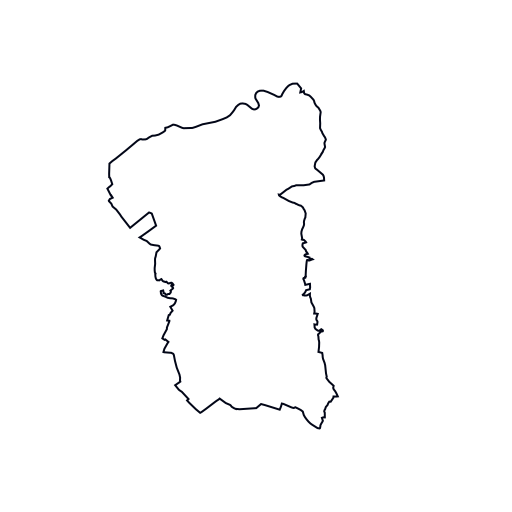 Glodeni, Mures, Romania (orthographic projection), rotated 226°
{"feature_id": "2599482B49122521196915", "entity_name": "Glodeni", "entity_type": "district", "adm_level": 2, "iso_a3": "ROU", "parent_name": "Romania", "parent_adm1": "Mures", "projection": "orthographic", "projection_center": [24.562, 46.667], "detail": "fine", "context": "isolated", "style": "outline", "palette": "ink", "viewbox_px": 512, "rotation_deg": 226, "n_neighbors": 0, "source": "geoboundaries", "source_scale": "gbopen_adm2", "svg_char_len": 6142}
<svg xmlns="http://www.w3.org/2000/svg" viewBox="0 0 512 512"><g transform="rotate(226 256 256)"><path d="M351.4,405.4L354.4,402.2L354.8,401.3L355.7,398.8L355.9,397.1L355.8,394.5L355.2,390.8L354.2,387.3L353.5,385.7L353.5,384.6L354.0,383.7L354.8,382.8L356.0,382.0L359.2,381.0L365.9,378.3L369.8,376.2L372.2,373.6L373.1,371.4L373.1,369.3L372.3,367.3L370.7,365.7L369.6,365.0L364.5,363.9L362.2,362.7L361.3,360.9L361.5,358.6L362.2,357.0L363.2,356.1L364.7,355.4L370.8,354.7L372.7,354.1L375.1,352.3L376.5,350.5L377.0,348.3L377.1,345.3L376.1,341.5L375.7,339.0L375.3,335.1L376.0,331.2L377.6,327.1L380.8,320.0L387.9,309.0L390.7,302.4L392.3,299.2L398.2,292.7L399.5,291.9L404.9,289.7L406.7,288.7L408.1,287.6L408.9,284.9L409.9,281.9L411.2,279.8L409.4,277.9L409.3,277.1L409.7,274.7L410.9,270.3L412.8,267.0L414.6,264.9L415.6,261.4L416.0,258.8L416.7,257.4L419.0,255.0L419.8,254.6L420.4,253.9L420.7,253.4L421.3,250.6L422.3,236.0L423.5,222.7L424.1,218.6L424.3,214.8L417.2,207.5L414.6,205.1L414.2,205.3L413.0,205.0L411.0,204.2L407.5,202.5L407.4,199.4L407.6,198.9L407.7,195.9L400.5,193.7L400.4,194.0L397.5,193.4L398.5,190.5L398.0,188.5L397.5,188.3L394.2,188.3L391.2,187.2L386.5,187.7L380.3,187.0L377.9,186.5L363.7,185.0L361.6,209.3L359.8,210.2L358.9,210.5L347.2,205.2L348.4,196.5L349.8,187.2L350.2,185.2L345.7,186.5L342.7,187.8L338.7,188.0L337.3,188.3L334.6,190.2L331.5,192.7L330.5,193.2L329.9,193.1L328.1,192.3L328.0,191.8L327.9,190.3L327.8,187.0L325.4,183.6L324.4,181.8L323.4,180.7L320.4,178.0L317.7,174.7L315.9,173.0L314.2,171.7L313.2,171.6L313.0,171.4L312.9,170.9L312.2,170.3L311.0,169.3L309.3,168.3L307.8,168.0L307.3,168.0L306.8,168.4L306.3,169.0L305.7,169.4L305.4,171.1L305.1,171.9L303.3,171.6L302.5,171.6L301.5,172.0L301.0,172.5L300.3,172.6L299.9,173.2L299.7,173.7L297.5,173.7L297.0,174.0L296.6,174.6L296.1,175.8L295.4,176.7L294.4,176.9L292.5,176.6L292.4,176.1L292.7,175.6L293.8,175.1L293.7,174.6L293.2,174.2L291.1,174.3L290.5,174.1L290.3,173.0L290.5,171.8L290.5,170.4L289.9,170.4L289.0,169.3L288.8,167.3L289.5,166.6L289.9,165.9L290.0,165.0L290.6,164.4L292.5,164.4L293.5,163.7L294.4,164.5L295.7,165.3L296.9,163.1L296.8,162.9L296.1,162.5L295.5,161.9L294.3,161.3L293.1,161.1L292.4,161.2L289.6,162.6L287.4,163.4L285.1,165.0L283.9,166.2L283.1,166.8L281.0,167.9L280.0,168.1L279.2,166.9L278.4,165.1L278.1,163.7L278.1,162.1L279.0,159.1L274.6,158.0L274.4,155.1L273.6,153.2L274.1,152.2L271.3,147.3L269.6,148.7L269.2,148.3L266.4,142.2L265.3,141.1L263.2,134.4L261.8,131.4L259.2,132.0L259.0,132.8L255.0,133.3L254.7,131.7L252.9,125.7L251.2,122.7L250.5,123.1L245.2,127.8L243.2,128.5L242.6,128.4L241.8,128.1L236.9,124.9L230.7,121.4L223.9,118.6L221.2,116.9L219.3,114.9L218.2,114.3L219.2,108.1L213.5,107.6L212.1,107.8L209.8,108.3L200.0,108.1L200.0,106.1L196.9,106.0L187.6,106.3L182.0,106.9L181.6,108.3L180.8,113.9L179.4,125.8L179.1,127.7L178.7,129.6L178.7,130.8L171.2,132.1L166.9,133.9L165.9,134.0L164.6,133.8L164.0,133.9L161.7,134.5L159.6,135.4L159.6,135.7L157.2,137.7L146.4,150.5L146.0,156.8L142.3,159.0L129.0,166.3L130.4,169.5L131.9,172.1L130.5,173.0L122.8,176.2L121.6,176.8L120.4,177.6L119.9,179.2L117.5,180.1L114.2,181.2L111.6,181.6L108.4,179.9L106.1,179.3L103.3,178.9L100.4,178.7L97.7,178.8L95.6,179.2L89.5,180.7L87.8,181.9L87.7,182.3L88.4,183.5L89.5,184.8L90.1,186.5L90.6,188.5L91.0,189.6L93.8,191.0L93.2,192.3L92.1,193.4L95.5,196.6L96.6,197.0L97.0,197.3L97.6,198.4L97.7,199.1L98.9,201.4L99.1,203.9L99.8,205.4L100.2,206.9L100.3,207.6L99.3,208.5L100.3,213.2L101.1,214.2L99.3,215.9L98.2,217.3L101.0,218.3L103.6,219.0L106.2,219.3L107.5,219.9L108.7,221.7L114.6,221.3L119.1,221.8L119.7,222.2L120.0,223.0L122.9,224.8L129.3,229.8L131.5,231.1L135.5,232.8L137.0,233.8L138.4,235.0L140.3,236.3L143.6,234.3L146.7,238.1L149.8,241.3L151.2,242.4L152.4,243.0L154.8,245.0L156.1,245.7L156.5,246.3L156.4,247.5L156.5,249.5L156.4,250.4L155.5,251.6L155.6,252.1L156.1,252.4L156.6,252.4L158.0,252.1L158.2,250.6L158.2,249.7L158.6,249.2L159.5,248.6L162.2,248.1L163.8,248.5L166.2,250.5L165.7,250.8L164.2,252.3L165.8,254.4L166.4,254.8L168.0,255.1L168.7,255.5L169.5,256.4L171.5,260.2L172.5,259.5L174.2,257.9L175.2,259.4L177.9,261.7L178.7,262.1L180.7,262.7L184.1,263.6L187.2,265.8L188.8,266.4L190.3,267.4L191.4,268.6L192.1,265.8L192.4,265.1L193.7,263.6L195.3,262.5L195.7,261.9L195.6,263.0L195.6,265.1L196.0,266.9L196.6,268.3L194.7,271.6L195.8,273.1L198.5,275.5L201.0,271.4L202.1,272.1L205.3,273.7L206.6,274.1L207.0,274.6L207.0,275.0L206.2,276.2L206.9,276.7L207.0,277.0L206.6,277.6L207.7,278.4L210.7,281.6L215.3,286.8L217.1,289.0L217.6,290.0L217.2,290.6L216.6,290.7L215.9,290.9L215.0,292.7L215.0,293.2L214.3,294.4L215.0,294.3L215.6,293.7L217.0,292.9L217.8,293.4L218.2,293.0L219.0,292.8L221.5,291.2L222.2,291.0L222.8,291.3L222.9,291.8L222.8,292.8L221.6,294.8L223.2,295.2L223.9,295.1L224.7,295.3L225.7,295.9L230.1,296.0L231.0,296.4L232.1,297.6L232.6,298.5L231.3,300.8L231.0,301.5L231.8,301.7L234.3,301.6L234.7,301.4L235.4,300.7L236.0,300.4L236.7,301.5L240.6,304.1L242.0,305.7L243.2,307.8L243.8,309.5L244.7,311.6L245.6,312.8L247.0,313.9L247.9,315.0L249.1,317.2L249.4,318.2L252.1,321.3L255.1,322.7L257.4,323.1L257.9,323.4L258.5,323.5L260.5,323.3L261.2,323.2L262.1,322.5L264.0,321.7L265.6,321.2L265.9,320.9L267.4,320.6L269.0,319.5L272.8,317.8L278.8,316.0L280.1,315.4L282.3,314.8L283.6,314.7L284.3,315.1L283.7,315.5L283.3,316.4L282.9,319.9L282.5,324.0L281.9,325.9L281.1,330.2L279.7,332.3L279.0,334.0L273.8,339.4L270.3,344.2L269.9,346.8L269.0,349.3L263.0,357.5L265.2,359.4L266.6,360.2L268.0,360.6L275.8,359.8L277.4,359.5L278.2,359.6L279.8,360.5L281.8,363.3L282.2,364.1L282.2,364.9L282.5,365.6L282.5,366.2L282.7,366.7L282.7,367.1L282.6,367.5L283.0,370.4L284.2,375.2L284.3,375.1L284.6,376.5L285.4,378.3L285.9,380.2L286.4,381.4L289.1,383.2L289.8,383.8L290.4,385.1L291.1,387.0L292.0,387.5L293.6,388.1L294.6,388.2L298.3,389.1L299.5,389.7L302.0,390.3L303.5,390.9L306.9,394.4L309.5,396.6L311.7,398.8L314.6,402.5L315.8,403.1L319.3,403.9L321.0,403.7L322.3,403.7L323.8,404.0L325.7,404.6L327.0,405.4L328.5,405.9L332.5,406.0L334.6,405.8L336.5,404.9L338.4,403.7L339.2,403.7L339.8,403.8L341.5,405.0L341.6,404.4L342.1,402.8L342.9,401.5L345.2,404.9L351.4,405.4Z" fill="none" stroke="#020617" stroke-width="2"/></g></svg>